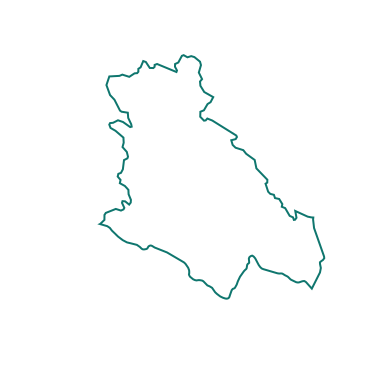 outline of Scottish Borders, rotated 63°
{"feature_id": "GBR-2026", "entity_name": "Scottish Borders", "entity_type": "Unitary District", "adm_level": 1, "iso_a3": "GBR", "parent_name": "United Kingdom", "parent_adm1": "", "projection": "equal_earth", "projection_center": [-2.709, 55.532], "detail": "fine", "context": "isolated", "style": "outline", "palette": "teal", "viewbox_px": 384, "rotation_deg": 63, "n_neighbors": 0, "source": "natural_earth", "source_scale": "10m", "svg_char_len": 3007}
<svg xmlns="http://www.w3.org/2000/svg" viewBox="0 0 384 384"><g transform="rotate(63 192 192)"><path d="M332.5,129.1L324.1,131.3L323.1,131.8L322.2,132.5L321.6,134.3L321.1,137.8L320.6,138.9L319.7,140.1L315.1,143.6L314.2,144.0L311.2,145.0L310.2,145.6L308.3,147.0L306.6,148.0L305.7,148.6L305.0,149.6L304.2,151.4L303.2,152.8L293.1,163.5L291.8,164.6L289.9,165.3L287.3,165.7L279.9,165.8L277.7,166.3L276.7,166.8L276.0,167.3L275.8,168.5L275.9,169.4L276.1,170.3L276.6,171.0L277.2,171.6L280.2,172.8L281.0,173.2L281.3,174.1L281.4,174.9L281.8,175.7L282.5,176.3L284.7,177.9L285.2,178.6L285.4,179.4L285.6,180.2L286.2,181.8L289.3,187.7L292.4,191.7L294.8,194.2L296.7,197.0L297.0,197.7L297.0,198.4L297.0,198.8L296.9,199.1L296.9,199.8L297.2,200.5L297.5,201.2L301.7,205.6L302.4,206.2L302.8,206.9L303.1,207.6L303.1,208.5L302.8,209.5L302.0,210.7L300.2,212.5L297.8,214.3L294.0,216.1L291.8,216.9L286.5,217.6L284.1,219.1L282.2,220.7L276.7,222.4L275.5,223.2L274.2,224.9L273.5,226.1L272.8,228.2L271.8,229.4L270.3,230.6L266.6,232.2L265.0,232.3L263.8,232.0L263.2,231.4L261.4,230.5L260.4,230.1L257.8,229.8L253.1,230.4L251.1,231.1L234.5,241.7L224.5,250.5L222.0,252.0L221.2,252.7L220.7,253.6L220.7,255.3L221.2,256.2L221.7,256.9L222.0,257.5L222.1,258.1L222.0,258.9L221.4,260.8L220.8,261.8L219.7,262.6L217.3,263.4L214.1,265.1L209.7,270.1L207.4,272.8L203.4,275.6L198.2,278.1L190.0,280.9L186.7,281.5L184.0,283.0L178.8,288.5L178.8,288.3L177.1,282.7L172.7,280.4L171.5,278.3L172.5,267.6L176.3,263.7L176.4,260.9L175.4,259.5L169.9,259.3L168.6,258.1L170.0,255.8L174.7,253.7L173.6,251.4L171.3,250.0L165.2,249.5L161.2,247.7L156.1,249.1L151.4,252.3L148.8,250.2L144.5,251.2L142.4,249.4L142.7,246.6L140.4,243.3L132.7,238.1L132.7,234.3L131.5,233.0L126.7,231.9L120.4,233.5L117.1,230.5L112.4,228.4L102.7,232.4L97.9,235.5L94.4,235.1L93.4,233.7L94.5,230.9L94.5,225.4L98.3,221.7L106.1,217.6L106.4,216.1L104.0,215.4L97.0,215.2L92.2,213.2L88.5,218.3L86.8,219.2L74.6,219.2L68.4,221.0L57.9,219.7L51.5,213.2L55.6,203.9L55.8,200.8L60.9,195.6L60.2,189.3L61.2,186.9L60.5,185.2L57.9,183.9L57.6,181.2L53.2,176.0L55.2,174.1L62.3,173.3L64.0,170.2L63.5,168.5L61.8,167.6L62.1,165.0L78.0,151.4L76.9,150.2L72.7,150.3L70.3,149.0L70.4,145.4L66.1,139.2L66.3,137.3L69.9,134.9L70.6,131.0L72.9,128.6L77.9,126.4L79.5,125.7L83.0,126.4L84.4,127.7L88.7,131.7L96.0,131.8L97.2,134.7L101.2,136.3L108.5,135.7L117.1,130.0L120.4,134.7L120.7,138.2L124.6,144.3L124.3,148.1L128.7,150.5L133.9,148.9L134.4,147.3L133.5,145.0L137.5,141.5L161.8,126.9L163.4,127.0L164.7,129.1L163.7,133.5L168.5,134.4L172.3,133.1L178.0,127.3L182.5,126.4L184.5,125.4L191.9,121.6L200.2,123.9L215.3,119.3L217.8,120.7L218.0,122.7L226.3,124.0L229.2,123.1L231.7,120.3L235.1,120.8L237.8,117.5L243.8,117.0L245.9,118.7L248.7,116.3L257.6,115.8L260.5,113.5L263.1,113.9L263.5,112.8L262.4,110.6L255.8,108.6L266.5,100.1L268.8,97.2L269.8,95.5L271.5,96.6L279.5,99.6L309.4,103.6L311.0,104.2L312.0,106.1L312.3,108.2L312.7,109.9L314.2,110.6L318.2,111.7L321.8,114.5L332.5,129.1Z" fill="none" stroke="#0f766e" stroke-width="2"/></g></svg>